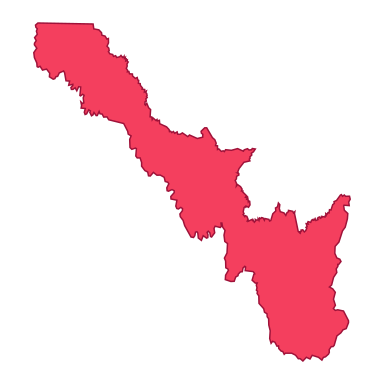 Rionegro, Santander, Colombia (Equal Earth projection)
{"feature_id": "7082276B88836733063931", "entity_name": "Rionegro", "entity_type": "district", "adm_level": 2, "iso_a3": "COL", "parent_name": "Colombia", "parent_adm1": "Santander", "projection": "equal_earth", "projection_center": [-73.314, 7.479], "detail": "fine", "context": "isolated", "style": "filled", "palette": "rose", "viewbox_px": 384, "rotation_deg": 0, "n_neighbors": 0, "source": "geoboundaries", "source_scale": "gbopen_adm2", "svg_char_len": 5960}
<svg xmlns="http://www.w3.org/2000/svg" viewBox="0 0 384 384"><path d="M37.9,23.0L35.5,25.1L35.9,27.3L37.3,28.8L36.4,31.1L37.3,34.3L34.6,37.6L36.2,40.7L34.5,43.2L34.4,44.8L36.8,48.2L33.8,52.6L34.4,57.6L36.8,63.0L37.1,66.6L38.1,67.2L40.1,66.3L42.5,70.1L46.6,69.1L49.7,73.2L49.4,76.8L53.2,79.2L54.8,78.7L56.0,76.6L57.6,76.4L59.3,72.9L63.6,71.0L64.6,72.8L66.0,80.8L69.6,81.1L68.7,85.3L72.8,84.3L72.8,85.5L70.9,87.6L71.4,89.4L73.0,89.4L75.1,87.8L76.8,90.8L78.7,86.7L80.7,87.0L79.9,95.5L80.6,95.9L82.7,94.3L84.1,95.3L83.2,97.8L83.8,102.9L82.6,103.5L80.9,101.9L81.6,105.4L81.1,108.1L85.3,108.5L84.3,112.3L85.1,114.5L86.6,113.9L88.8,109.9L90.4,110.9L89.8,112.3L91.5,115.8L92.9,115.0L94.0,112.5L96.2,115.6L97.3,115.5L99.1,111.5L100.0,113.8L102.2,114.1L103.7,117.1L107.0,116.9L108.8,119.8L123.7,123.5L127.7,131.3L128.2,134.1L131.1,135.9L129.7,139.4L130.0,147.5L131.8,149.3L135.4,148.1L136.4,148.6L135.8,156.0L137.2,157.9L140.1,157.9L141.6,162.5L141.6,166.2L144.9,170.6L147.7,172.0L148.5,175.8L150.3,176.0L153.4,172.4L156.9,175.2L160.3,175.1L164.2,177.3L165.2,181.5L167.9,182.3L168.8,183.8L166.8,187.8L167.1,190.7L168.5,191.2L172.0,189.6L174.2,190.7L174.2,192.6L170.8,196.5L171.0,199.0L176.9,200.2L175.8,206.1L176.8,208.5L178.4,209.0L180.8,207.4L182.5,208.6L182.4,210.7L179.9,214.0L180.3,216.7L183.1,220.4L184.7,225.7L191.0,237.0L193.5,237.5L194.8,235.7L195.5,232.2L196.9,231.7L197.8,233.0L198.3,238.0L201.4,240.4L203.2,235.7L206.5,238.1L207.8,237.6L208.0,234.8L207.1,232.3L208.2,231.2L209.9,232.9L210.5,236.5L211.6,237.0L214.7,232.8L214.0,228.5L215.1,226.2L220.3,227.5L221.4,226.2L221.0,223.0L221.9,223.0L222.6,227.0L225.0,230.4L224.0,235.1L224.8,241.5L227.5,243.5L227.0,253.0L224.4,258.1L225.6,261.0L225.8,267.8L227.8,268.9L228.4,270.3L225.6,275.2L225.3,279.6L230.9,281.5L234.2,281.3L235.7,277.0L238.0,275.7L238.2,274.2L240.4,271.9L242.3,271.7L243.0,268.0L244.8,266.3L245.6,266.9L245.2,270.6L253.1,271.6L254.4,273.0L254.7,273.9L253.9,274.1L252.1,280.2L255.3,283.1L257.2,283.0L256.3,285.1L257.0,287.8L256.4,290.2L257.5,291.2L257.1,293.5L258.8,295.9L259.0,303.4L263.7,308.7L264.5,312.2L267.0,313.8L267.2,316.8L268.6,318.7L268.8,325.0L270.2,330.8L269.7,338.6L271.1,343.3L272.6,341.3L274.9,342.2L277.0,346.2L278.5,345.9L278.8,348.6L281.1,351.1L282.8,351.5L284.2,354.3L285.4,353.2L291.7,353.2L295.6,355.2L298.3,358.7L300.2,358.7L302.9,361.0L306.4,357.3L310.0,359.0L312.2,355.3L318.5,357.3L321.9,360.1L323.4,357.4L325.5,356.8L328.5,354.1L329.3,352.4L329.2,349.6L331.3,346.6L333.0,346.6L334.2,345.3L336.9,335.9L340.8,332.9L343.0,329.8L346.2,328.6L348.5,322.7L348.5,320.7L343.5,311.0L337.7,309.8L335.3,310.4L333.4,308.6L335.4,305.3L333.5,299.2L335.3,292.3L332.7,288.8L329.4,287.0L331.6,285.0L333.6,277.3L336.8,272.5L336.2,268.9L337.8,266.5L337.8,264.5L338.5,264.7L341.0,261.5L339.8,259.2L336.8,257.9L334.8,253.3L335.1,246.4L338.9,242.1L342.5,230.9L345.2,227.2L347.4,218.9L347.8,213.5L344.3,210.2L343.7,205.9L344.0,205.2L349.2,205.6L348.7,202.0L350.2,199.2L349.5,196.2L345.5,196.3L344.3,195.0L342.5,196.3L341.4,194.6L340.4,195.1L336.5,200.5L334.0,201.6L334.3,203.4L332.7,204.7L331.0,210.0L329.5,209.7L329.0,212.9L328.0,212.6L326.8,214.4L325.8,213.6L326.0,215.8L325.3,215.7L325.0,217.0L321.8,216.4L322.0,217.3L320.3,218.3L319.8,216.9L318.2,217.5L317.5,218.4L318.0,219.6L315.9,220.5L315.1,218.6L314.2,220.1L313.2,220.3L313.0,219.4L311.6,220.2L310.7,222.4L308.1,221.6L307.5,222.9L308.1,224.0L306.2,223.7L307.1,226.5L306.0,227.3L306.8,228.1L305.7,230.7L304.3,231.9L302.8,229.8L301.1,230.1L301.3,231.2L299.8,231.6L300.5,232.8L300.2,233.3L298.2,231.4L294.5,213.5L294.8,211.7L293.5,212.9L292.7,211.3L288.5,210.4L288.4,211.7L287.0,212.6L285.8,215.4L284.0,212.9L280.3,211.7L279.3,208.6L279.8,204.7L278.4,203.0L277.5,206.8L275.5,208.0L275.8,210.9L272.8,213.8L270.8,220.5L269.6,221.0L268.9,219.4L264.9,218.5L264.4,220.2L263.0,217.9L261.5,217.6L260.7,218.6L259.6,218.0L259.0,220.5L258.1,218.8L258.0,219.9L256.7,220.2L255.3,219.4L255.4,221.1L254.3,222.2L252.9,219.6L252.6,220.5L251.6,219.6L248.1,221.3L248.1,220.4L247.4,220.7L248.0,219.1L246.9,216.4L245.3,215.7L244.8,216.6L243.1,214.5L244.0,213.7L243.2,211.9L244.1,207.5L245.6,206.3L245.9,207.1L246.7,206.3L248.5,207.3L250.0,204.9L249.7,201.3L248.8,200.9L248.3,201.7L248.0,199.3L247.0,199.3L247.8,198.3L247.4,196.2L247.0,198.0L245.4,197.3L246.6,195.8L242.8,192.0L242.9,191.0L241.5,191.0L242.1,189.1L240.5,186.6L237.6,184.6L236.4,186.1L236.7,183.9L235.2,180.4L236.4,178.9L236.6,176.3L238.9,175.0L238.7,173.8L237.6,173.1L238.4,173.1L237.7,172.1L239.1,168.5L243.9,162.3L249.9,160.9L249.3,159.1L250.1,158.2L249.8,157.0L251.8,155.0L251.3,153.3L253.5,151.8L255.3,149.0L252.3,148.5L251.5,149.7L249.1,150.0L247.5,148.7L244.2,149.8L243.4,151.2L237.6,148.6L231.4,150.3L225.6,149.7L224.3,151.6L223.2,150.8L221.3,151.4L218.8,148.9L217.5,149.5L217.5,145.8L215.5,145.6L216.2,143.2L214.8,139.7L212.4,137.6L206.7,127.8L204.7,127.8L201.1,131.3L201.4,133.2L202.8,134.3L202.7,137.2L197.3,138.5L189.5,135.0L187.8,136.6L182.4,132.9L180.1,134.3L177.7,134.2L177.1,131.9L174.7,133.3L173.4,131.5L171.8,132.6L170.6,131.2L169.5,131.6L169.1,129.6L166.6,126.9L159.7,123.7L159.4,120.3L157.4,120.9L157.0,119.5L156.0,120.5L153.1,118.0L152.2,119.6L151.8,117.0L150.1,116.8L150.6,109.6L148.6,107.7L146.8,103.3L145.5,105.2L144.8,104.4L145.1,101.7L146.3,101.1L145.9,98.7L147.2,97.5L146.5,96.4L147.1,95.7L146.7,93.5L145.8,92.6L146.3,91.0L144.4,92.0L144.7,89.5L142.0,89.1L142.4,87.9L140.4,85.4L140.2,83.6L138.4,83.3L138.7,80.4L137.7,79.8L137.2,77.5L135.3,78.4L132.6,76.0L132.4,74.0L129.5,73.8L128.9,71.5L127.4,71.8L127.7,70.5L126.3,68.5L127.2,66.1L127.0,64.0L128.2,62.0L127.2,61.1L127.3,60.0L125.8,60.8L126.2,58.8L125.1,58.7L125.3,57.5L124.4,58.3L124.1,56.3L123.5,57.4L122.6,56.9L122.9,58.0L121.0,55.4L119.7,56.8L116.7,57.5L115.6,55.7L113.5,56.4L112.7,54.5L109.8,53.8L108.4,51.6L109.2,50.7L108.8,48.2L107.0,46.2L108.5,42.9L108.4,38.5L106.9,39.1L105.1,36.1L101.9,35.2L101.5,32.6L98.8,29.8L93.8,28.9L93.1,24.0L37.9,23.0Z" fill="#f43f5e" stroke="#9f1239" stroke-width="1.5"/></svg>